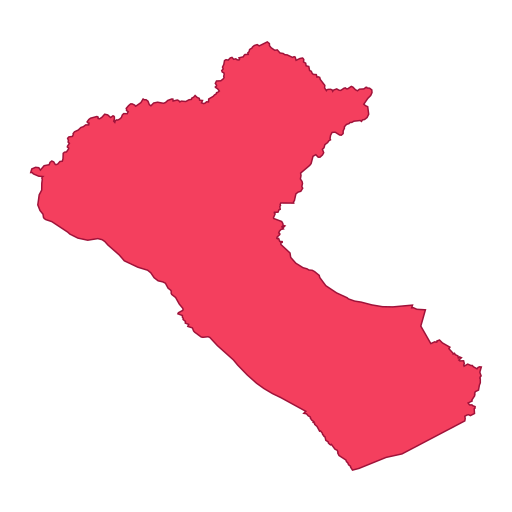 outline of Selwyn District, Canterbury, New Zealand
{"feature_id": "76426892B38400120345954", "entity_name": "Selwyn District", "entity_type": "district", "adm_level": 2, "iso_a3": "NZL", "parent_name": "New Zealand", "parent_adm1": "Canterbury", "projection": "robinson", "projection_center": [171.861, -43.322], "detail": "fine", "context": "isolated", "style": "filled", "palette": "rose", "viewbox_px": 512, "rotation_deg": 0, "n_neighbors": 0, "source": "geoboundaries", "source_scale": "gbopen_adm2", "svg_char_len": 5942}
<svg xmlns="http://www.w3.org/2000/svg" viewBox="0 0 512 512"><path d="M30.7,172.6L32.2,172.6L33.4,173.9L38.7,176.2L42.8,176.5L42.1,177.1L41.9,178.4L42.3,179.2L41.8,183.3L41.7,190.1L39.2,194.8L37.8,204.9L40.0,210.5L43.0,214.2L43.5,217.4L44.2,218.5L45.8,219.6L51.8,221.6L67.7,232.1L69.9,234.1L77.9,238.1L87.7,240.2L97.8,238.6L102.2,239.7L104.9,241.6L107.9,245.0L119.3,255.0L124.3,260.8L137.8,267.2L147.6,270.2L150.8,272.8L154.1,277.7L158.1,280.8L162.8,281.9L165.4,283.2L168.1,288.2L170.7,290.2L171.2,291.2L171.2,293.4L171.8,294.5L175.6,297.5L179.3,304.1L182.8,308.3L183.1,309.5L182.7,310.4L178.4,312.7L177.9,313.8L182.4,315.5L182.4,317.2L183.3,318.5L183.1,319.5L185.4,321.4L185.3,323.1L188.7,324.4L187.8,326.4L192.4,327.9L193.6,331.0L194.8,332.3L201.2,337.0L202.9,337.3L208.1,336.7L209.9,337.5L217.4,345.6L233.4,359.9L237.6,365.0L247.2,374.9L256.5,383.2L263.9,388.5L272.5,393.6L281.0,397.7L305.8,411.3L303.8,413.3L306.5,413.8L308.3,415.9L310.0,416.7L310.5,417.5L310.3,418.0L311.7,420.1L313.8,421.7L313.2,422.4L314.6,423.1L314.7,424.4L317.0,426.4L319.6,431.2L320.5,430.9L322.3,433.1L322.7,434.7L323.5,435.1L324.0,436.4L325.0,436.9L325.8,440.3L328.2,441.9L328.4,443.0L329.7,444.3L330.7,444.9L331.4,444.4L335.0,449.2L337.1,450.2L338.0,452.1L337.7,452.9L339.0,455.5L345.9,460.0L346.5,461.7L347.7,462.7L348.6,464.8L350.5,466.2L350.6,467.2L352.5,470.1L359.0,468.4L386.1,457.4L402.0,453.9L464.8,420.9L465.2,418.5L464.8,416.3L467.0,415.0L468.6,414.7L470.4,415.6L474.5,413.5L474.2,408.8L475.0,408.2L475.1,406.6L472.7,405.7L472.0,404.9L469.5,404.9L468.1,403.0L472.1,401.0L471.9,400.0L474.7,395.7L474.5,394.8L475.0,394.1L474.6,393.2L475.4,391.6L478.5,390.1L479.4,385.1L480.3,382.8L480.3,379.1L479.9,378.5L480.2,378.0L479.9,377.3L481.1,375.9L479.8,372.2L481.3,367.0L479.5,366.8L478.0,367.5L477.0,368.8L473.3,366.7L472.3,365.5L470.9,365.5L467.7,364.1L464.1,366.2L463.7,365.0L464.3,363.6L463.6,360.8L459.9,360.9L458.9,360.1L461.4,357.7L459.5,356.9L458.3,357.9L457.9,355.9L455.3,354.7L454.5,353.3L453.2,354.0L453.1,353.3L448.9,348.7L449.9,347.2L442.4,342.9L439.5,340.0L436.9,341.0L437.0,341.8L436.1,342.2L434.8,341.8L430.8,343.6L420.8,326.1L425.4,309.8L416.9,309.3L413.3,307.7L411.7,307.8L412.5,305.1L392.9,306.9L382.5,306.7L371.8,304.9L361.1,302.1L354.7,301.1L348.4,298.9L347.2,297.8L336.6,292.9L325.8,285.7L319.8,277.6L319.2,275.4L314.6,271.6L312.2,270.3L308.9,270.0L307.0,268.8L303.0,267.7L295.8,263.2L290.7,257.4L290.0,253.0L280.9,244.5L280.8,242.9L282.2,242.4L282.2,241.6L279.7,241.4L278.6,238.4L277.4,238.8L276.8,238.3L277.2,237.0L279.8,234.5L279.7,233.5L278.7,232.9L279.5,231.1L281.1,229.4L283.4,228.9L282.2,227.4L282.0,226.5L282.5,226.3L283.5,227.3L284.9,225.9L283.1,225.3L282.8,223.4L281.7,221.5L273.7,218.5L273.5,217.6L275.1,213.9L274.3,213.0L274.4,212.3L278.0,212.2L279.0,209.8L280.2,209.3L279.8,206.5L280.5,205.5L280.1,204.5L280.8,203.0L293.7,203.1L293.5,201.9L294.4,200.6L295.9,193.9L298.1,192.1L300.8,191.3L302.7,188.2L301.8,186.5L302.5,183.5L302.1,181.6L300.4,179.0L301.0,175.5L300.6,173.1L309.7,165.4L311.1,163.6L313.0,156.3L315.8,154.7L318.2,157.2L320.0,157.2L322.5,154.9L323.7,152.7L322.4,149.3L324.0,147.8L324.9,144.6L327.6,142.6L328.8,140.8L330.5,139.8L330.0,138.5L330.6,135.2L332.1,132.4L335.2,132.2L339.6,135.0L341.3,135.2L343.1,133.6L343.2,130.8L344.4,128.3L344.4,126.8L346.5,124.4L349.0,123.6L350.0,122.5L351.8,122.4L353.9,121.2L360.2,120.5L361.5,121.4L362.4,119.9L364.6,119.5L367.1,117.5L368.7,114.2L367.7,106.7L365.5,105.7L363.8,104.2L367.8,98.4L370.7,95.5L372.0,92.6L371.8,89.9L369.6,88.2L367.1,88.0L366.7,87.3L365.9,87.3L363.9,88.9L359.4,89.2L357.5,90.8L355.4,89.7L352.9,87.1L351.3,86.4L347.7,88.8L346.4,88.8L345.4,87.9L344.0,88.2L340.8,90.4L339.2,90.3L336.7,88.9L333.5,90.1L332.7,91.3L332.1,89.9L330.6,89.3L328.0,89.4L326.9,89.8L326.4,90.6L324.6,88.0L324.8,85.4L320.3,79.5L319.7,77.4L318.1,76.8L317.0,77.1L316.3,74.6L313.4,74.4L312.2,73.4L311.3,71.3L309.6,70.5L308.8,66.5L306.1,65.8L305.7,63.2L303.5,61.9L303.8,59.6L303.1,58.5L302.5,58.0L299.9,58.5L296.1,60.3L295.2,57.1L294.1,56.7L292.5,57.4L287.2,54.9L284.8,54.7L283.2,53.5L280.0,53.0L277.3,49.9L274.8,50.3L271.1,47.7L269.5,45.7L269.4,43.6L267.3,41.9L259.2,45.9L257.2,44.6L254.3,45.5L252.5,47.0L252.0,48.0L249.6,49.5L249.1,51.6L247.8,52.9L248.2,54.4L245.0,54.5L244.1,55.3L243.3,56.8L239.0,57.8L239.6,59.1L239.0,60.0L237.1,59.8L235.8,58.8L233.7,59.3L232.0,57.4L230.3,57.9L228.2,60.1L226.0,59.7L224.5,60.6L223.8,64.5L222.5,67.1L223.2,68.9L221.7,70.6L222.3,72.1L223.8,72.8L224.2,74.2L223.7,76.3L224.1,77.4L223.4,78.7L220.8,80.8L216.5,81.0L215.3,83.4L216.6,85.3L216.4,86.1L215.3,87.0L215.5,87.4L217.6,88.8L219.3,91.0L217.4,92.6L216.6,92.6L216.0,94.1L214.5,94.9L213.3,96.3L208.7,99.0L208.5,101.9L206.5,101.8L205.3,103.0L203.7,103.6L201.5,102.8L202.5,100.5L199.6,100.2L199.3,98.4L197.1,97.4L195.1,95.5L193.6,97.2L191.8,98.1L191.4,99.4L188.9,99.8L185.8,101.5L181.3,101.1L179.8,101.9L178.7,100.6L177.3,100.0L173.1,101.0L172.9,99.1L171.7,99.0L167.8,100.4L165.5,102.5L163.5,103.3L157.6,102.2L153.7,103.0L150.9,105.8L149.3,104.6L148.0,101.2L146.0,99.7L144.4,99.8L143.1,99.0L140.9,102.6L136.5,105.7L135.5,106.2L134.7,105.1L132.2,103.9L130.6,103.9L128.6,105.6L126.2,108.4L126.6,109.3L126.5,110.5L128.2,111.7L127.2,113.7L123.7,113.6L122.3,115.0L121.4,117.5L119.4,119.3L117.4,120.1L116.4,119.9L115.3,120.8L114.8,122.4L113.7,121.2L114.4,119.1L114.4,116.9L113.9,116.2L113.0,115.8L110.6,117.5L107.7,114.9L104.7,114.2L101.9,117.3L99.6,118.8L98.1,118.5L98.1,117.1L96.9,116.5L90.5,118.2L88.8,119.5L87.1,121.9L87.6,122.7L89.0,123.1L88.7,124.9L85.7,124.9L83.3,126.7L80.9,127.5L78.3,130.0L74.5,131.8L73.1,133.6L73.3,134.4L72.5,136.4L68.9,136.9L67.6,138.3L68.4,140.3L68.1,142.1L69.4,143.3L67.4,146.3L67.4,147.1L68.6,147.9L68.6,148.8L66.5,151.9L64.5,152.2L63.2,153.3L63.0,158.8L62.3,161.2L59.9,161.5L57.7,164.1L55.9,164.7L55.0,164.1L53.7,161.9L51.8,161.0L50.0,162.4L49.2,164.7L44.1,165.7L40.4,170.1L38.8,167.7L35.6,167.3L31.8,168.9L30.7,172.6Z" fill="#f43f5e" stroke="#9f1239" stroke-width="1.5"/></svg>